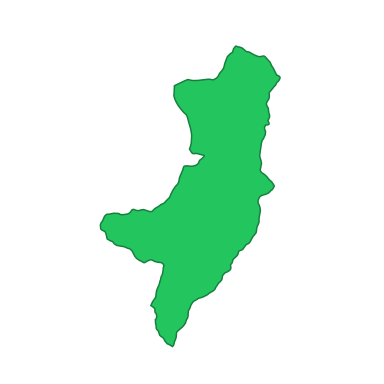 outline of Chapchha, Chhukha, Bhutan, rotated 199°
{"feature_id": "84629894B72576514572529", "entity_name": "Chapchha", "entity_type": "district", "adm_level": 2, "iso_a3": "BTN", "parent_name": "Bhutan", "parent_adm1": "Chhukha", "projection": "albers", "projection_center": [89.567, 27.211], "detail": "fine", "context": "isolated", "style": "filled", "palette": "green", "viewbox_px": 384, "rotation_deg": 199, "n_neighbors": 0, "source": "geoboundaries", "source_scale": "gbopen_adm2", "svg_char_len": 6094}
<svg xmlns="http://www.w3.org/2000/svg" viewBox="0 0 384 384"><g transform="rotate(199 192 192)"><path d="M243.3,286.3L242.8,285.8L242.3,283.6L241.2,280.1L240.7,277.9L240.5,277.2L239.7,276.0L239.3,275.4L238.4,274.2L236.9,272.6L235.3,271.1L233.6,269.6L231.8,268.3L230.0,267.1L228.1,265.9L225.6,264.5L223.5,263.6L222.9,263.3L222.2,262.9L221.7,262.4L221.2,261.9L220.3,260.7L217.9,257.0L215.3,253.4L213.3,250.3L212.2,248.4L211.2,246.4L210.9,245.7L210.4,244.3L209.2,240.1L208.8,238.7L208.6,237.9L208.5,237.2L208.4,235.7L208.3,233.5L208.4,232.8L208.4,232.0L208.0,231.4L206.8,230.5L205.7,229.6L205.1,229.1L204.5,228.8L203.8,228.6L203.1,228.8L202.4,229.0L201.0,229.6L200.3,229.9L199.6,230.0L198.9,230.1L195.2,230.3L193.0,230.6L192.3,230.4L192.2,229.7L192.5,229.0L192.8,228.3L193.4,227.0L193.8,226.4L194.6,225.2L195.0,224.6L195.2,223.8L195.2,223.1L195.2,222.4L195.2,221.6L195.5,220.9L195.8,220.3L196.1,219.6L196.6,219.0L197.1,218.5L198.3,217.6L199.5,216.8L200.1,216.5L200.8,216.2L202.2,215.8L204.4,215.3L205.1,215.1L206.5,214.6L207.1,214.3L207.7,213.8L208.0,213.2L208.1,211.7L207.9,209.5L208.0,208.7L208.4,203.6L208.4,202.1L208.4,201.4L208.4,200.6L208.0,198.5L207.9,197.7L207.9,197.0L207.9,196.2L208.0,195.5L208.2,194.8L208.4,194.1L209.4,192.1L209.6,191.4L210.0,190.0L210.4,188.5L210.8,186.4L211.1,184.2L211.2,183.5L211.3,181.2L211.3,180.5L211.5,179.8L211.7,179.1L212.0,178.4L213.3,175.8L214.2,173.7L214.5,173.0L214.8,172.4L215.3,171.8L215.8,171.3L216.4,170.9L217.0,170.4L217.4,169.8L219.0,167.4L219.5,166.8L221.0,165.1L221.4,164.6L221.8,164.0L222.2,163.3L222.8,162.0L223.4,160.6L224.0,160.3L225.4,159.8L227.5,159.7L229.1,159.7L232.1,159.6L234.0,158.7L236.1,157.2L237.3,156.7L239.5,156.4L241.2,156.6L241.9,156.4L242.9,155.8L243.7,152.7L245.2,150.6L246.6,149.8L249.0,148.5L251.2,147.6L252.7,147.4L253.7,147.8L255.4,147.6L259.6,146.2L262.7,144.3L265.5,143.1L266.8,140.6L267.1,136.4L267.3,134.9L267.9,133.4L267.9,130.9L266.3,127.4L264.5,126.6L261.4,126.3L259.8,124.6L256.9,120.0L253.7,119.3L250.9,119.3L248.7,117.7L245.7,117.0L238.1,118.2L234.6,117.9L231.7,117.9L229.4,116.7L225.0,112.5L222.6,111.1L220.0,110.4L219.0,110.1L217.3,110.1L215.1,109.5L213.7,109.8L212.3,111.6L209.4,114.3L207.7,114.7L205.0,114.2L201.6,114.4L198.2,115.2L196.3,114.8L194.6,113.4L194.5,111.2L193.7,107.8L193.2,104.6L193.6,102.0L193.2,99.0L193.2,96.6L192.9,93.8L193.2,91.1L193.4,87.3L192.7,83.5L192.0,80.8L193.5,75.5L193.8,73.0L193.9,71.2L193.2,71.1L189.2,69.7L187.9,66.4L186.2,65.1L185.0,63.5L184.5,60.7L185.1,59.4L183.6,55.7L182.2,53.7L181.8,52.2L180.8,50.7L178.6,49.7L177.6,48.2L175.8,46.0L174.4,45.4L171.6,44.6L170.8,44.0L169.1,42.3L166.2,40.5L163.3,40.2L160.2,39.5L159.8,40.4L159.5,41.5L159.8,45.1L159.6,47.4L159.7,49.6L160.0,51.0L160.5,52.6L160.8,53.8L160.8,54.2L160.7,54.9L160.2,55.9L159.5,57.2L158.4,59.0L157.4,60.7L156.6,62.4L156.2,63.6L155.9,64.8L155.6,65.5L155.6,68.9L155.6,69.6L155.3,70.7L155.2,72.5L155.4,73.3L155.6,74.5L155.8,75.0L156.0,75.4L156.7,78.6L156.7,79.2L156.2,80.6L156.2,84.3L156.0,85.4L155.8,86.4L155.6,87.4L155.4,88.1L154.8,89.2L154.4,89.8L153.8,90.3L153.2,91.1L152.0,92.4L151.7,93.1L150.3,94.3L149.4,94.8L148.2,95.7L146.5,97.2L146.0,97.8L144.7,99.0L143.4,100.8L142.9,101.7L142.2,102.6L140.3,104.8L139.3,106.2L138.9,106.9L138.7,107.6L138.3,110.6L137.9,111.5L137.6,112.6L137.6,113.3L137.2,114.3L136.9,115.0L136.0,116.7L135.8,117.3L135.5,117.9L135.3,119.1L135.4,119.7L135.7,121.6L135.8,122.3L135.7,123.4L135.6,123.8L135.0,125.1L134.7,125.8L134.3,126.5L132.6,128.0L131.5,129.3L130.9,130.3L130.6,130.8L130.4,132.1L130.5,132.6L130.6,133.1L130.9,133.8L131.4,134.6L131.7,135.2L131.8,136.0L131.2,137.3L131.0,138.5L131.2,140.2L131.1,141.8L129.6,144.6L128.6,146.6L128.3,147.9L128.5,150.7L128.2,151.6L125.4,154.1L124.6,156.6L124.2,158.1L124.1,158.8L123.3,160.2L121.8,161.7L121.2,162.7L120.7,164.5L120.5,165.9L120.0,169.2L119.1,171.6L118.3,173.8L118.2,174.7L118.3,175.9L118.5,176.6L119.0,178.9L119.1,180.5L118.9,182.3L118.8,185.2L119.8,188.2L120.3,190.4L120.7,193.0L121.0,195.1L121.1,195.7L121.4,197.0L122.3,198.8L122.9,199.8L123.9,201.1L125.7,203.0L126.5,204.3L126.5,204.8L126.8,205.8L126.7,207.0L126.5,208.7L126.1,210.1L125.0,211.3L124.0,212.2L122.3,213.3L121.6,213.9L120.5,214.8L119.2,216.1L118.0,218.6L117.6,219.5L116.8,220.5L116.5,222.0L116.1,224.3L117.0,225.3L119.7,227.4L123.7,229.2L126.3,230.9L128.7,232.0L132.7,233.1L134.6,234.7L135.0,237.6L135.6,241.8L137.7,245.2L138.7,246.4L139.9,248.6L140.5,251.5L142.2,260.6L142.5,263.7L141.8,265.4L141.7,266.8L141.4,270.3L142.3,273.5L143.8,275.0L144.5,276.9L144.2,279.2L142.1,280.2L141.3,281.2L141.8,282.6L143.5,284.2L143.0,287.6L143.6,289.9L145.1,291.8L147.2,296.1L149.4,298.0L150.5,299.9L150.3,302.6L149.9,303.6L149.7,304.8L149.7,306.3L150.2,308.3L151.2,310.4L151.4,311.2L150.2,314.1L148.8,318.1L147.8,320.2L147.4,323.2L146.4,324.9L146.1,325.9L145.8,328.2L146.3,329.3L146.9,329.7L147.6,329.9L148.3,330.1L149.1,330.2L149.8,330.0L150.3,330.4L150.8,330.9L152.4,332.5L154.5,334.6L155.6,335.6L157.3,336.9L158.4,337.9L159.9,339.6L160.4,340.1L161.0,340.5L163.0,341.5L165.6,343.0L166.9,343.7L167.6,343.9L168.3,344.0L169.0,343.7L171.6,342.2L172.2,342.0L172.9,341.8L173.7,341.7L174.4,341.7L176.6,341.8L178.1,342.0L180.3,342.3L182.4,342.8L183.2,342.9L183.9,342.9L184.6,342.8L185.3,342.6L186.1,342.5L186.8,342.7L187.5,342.9L190.9,344.3L191.6,344.5L192.3,344.5L193.1,344.5L193.8,344.5L196.0,344.2L196.8,344.3L197.6,344.3L198.2,344.1L198.5,343.5L199.0,342.0L199.4,340.6L199.3,339.9L199.3,339.1L199.1,337.8L199.2,337.2L199.6,336.7L200.0,336.3L200.4,335.9L201.1,334.6L202.1,332.6L202.4,332.0L202.6,331.3L202.8,326.8L202.8,325.3L202.8,323.9L202.5,320.9L202.5,320.2L202.5,319.4L202.6,318.7L202.8,318.0L203.2,316.6L204.3,313.8L204.5,313.1L204.7,312.4L204.9,310.2L205.1,309.4L205.4,308.8L205.7,308.1L206.1,307.5L206.6,306.9L207.1,306.3L207.6,305.8L208.1,305.3L208.7,304.9L209.4,304.7L211.7,304.4L212.4,304.2L213.1,304.0L214.4,303.4L216.4,302.5L221.7,299.9L223.0,299.3L224.4,298.8L226.5,298.0L227.9,297.6L230.1,297.2L231.6,297.2L232.3,297.0L232.9,296.6L233.5,296.2L235.7,294.2L236.2,293.7L242.5,287.5L243.0,286.9L243.3,286.3Z" fill="#22c55e" stroke="#15803d" stroke-width="1.5"/></g></svg>